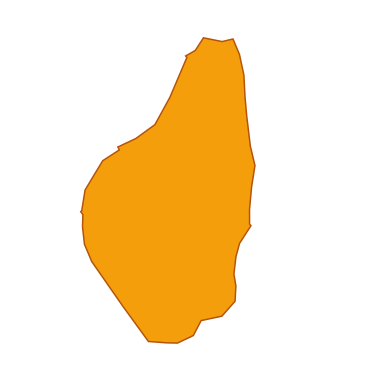 Gnesta, Södermanland, Sweden, rotated 234°
{"feature_id": "70781695B66296838510215", "entity_name": "Gnesta", "entity_type": "district", "adm_level": 2, "iso_a3": "SWE", "parent_name": "Sweden", "parent_adm1": "Södermanland", "projection": "mercator", "projection_center": [17.173, 59.086], "detail": "fine", "context": "isolated", "style": "filled", "palette": "amber", "viewbox_px": 384, "rotation_deg": 234, "n_neighbors": 0, "source": "geoboundaries", "source_scale": "gbopen_adm2", "svg_char_len": 678}
<svg xmlns="http://www.w3.org/2000/svg" viewBox="0 0 384 384"><g transform="rotate(234 192 192)"><path d="M241.5,90.4L237.8,90.4L228.1,82.9L213.0,74.3L194.7,70.0L140.8,68.9L96.6,68.9L96.5,69.1L84.8,82.9L78.3,91.5L75.1,108.7L82.6,123.8L74.0,143.2L78.3,162.6L90.2,172.3L101.0,177.7L113.9,189.6L122.5,200.3L130.1,219.9L132.2,219.7L144.1,228.3L161.3,243.4L176.4,258.5L194.7,266.1L221.6,281.1L237.8,290.8L256.1,302.7L275.5,311.3L291.7,315.1L296.0,304.8L310.0,291.9L304.6,277.9L305.8,266.8L303.9,267.0L281.6,229.8L268.3,201.6L268.3,177.9L272.0,158.5L268.8,157.9L269.8,138.2L262.1,119.9L256.4,106.6L241.6,91.7L241.5,90.4Z" fill="#f59e0b" stroke="#b45309" stroke-width="1.5"/></g></svg>